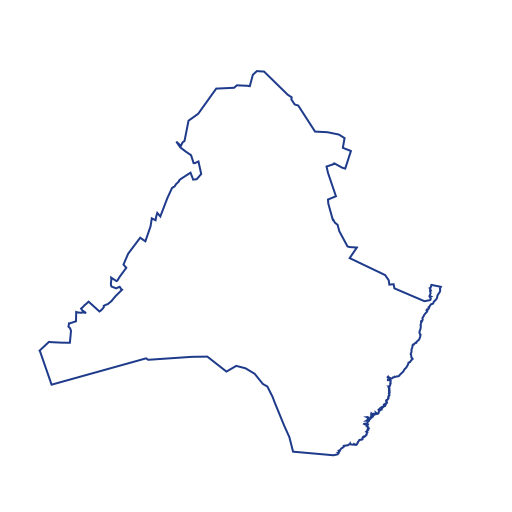 the district of Arriaga, Chiapas, Mexico, rotated 284°
{"feature_id": "50627088B65202645179540", "entity_name": "Arriaga", "entity_type": "district", "adm_level": 2, "iso_a3": "MEX", "parent_name": "Mexico", "parent_adm1": "Chiapas", "projection": "natural_earth1", "projection_center": [-94.031, 16.255], "detail": "fine", "context": "isolated", "style": "outline", "palette": "blue", "viewbox_px": 512, "rotation_deg": 284, "n_neighbors": 0, "source": "geoboundaries", "source_scale": "gbopen_adm2", "svg_char_len": 6099}
<svg xmlns="http://www.w3.org/2000/svg" viewBox="0 0 512 512"><g transform="rotate(284 256 256)"><path d="M391.0,283.2L412.2,260.6L412.4,256.9L416.4,252.5L418.6,252.2L420.2,247.7L436.9,219.2L435.6,212.1L431.1,209.1L419.3,208.9L419.1,206.6L417.0,196.2L413.9,194.0L408.8,176.9L380.0,165.5L371.0,157.8L350.3,158.8L348.3,157.2L344.7,156.5L347.7,151.0L343.0,156.4L340.3,162.6L338.1,168.6L331.0,173.0L331.3,174.2L333.8,177.3L322.3,183.0L316.2,179.9L314.9,176.6L321.0,172.3L313.0,164.8L310.8,163.1L309.8,163.2L306.3,161.0L303.8,160.2L301.8,158.1L290.9,156.0L271.2,153.6L273.9,149.8L270.4,149.6L266.4,149.9L267.3,145.8L259.3,146.5L243.5,145.1L245.7,139.2L227.3,131.4L215.6,129.5L213.2,133.0L202.7,128.7L198.5,127.4L197.9,126.7L200.0,120.7L197.9,121.4L194.3,121.8L192.5,122.4L191.4,123.2L190.8,128.1L193.1,131.1L192.7,131.8L191.3,133.0L190.9,134.2L183.2,129.5L177.2,126.6L173.4,123.8L172.8,122.7L170.8,120.3L169.8,120.7L168.7,120.4L165.8,118.8L164.3,117.5L171.2,104.6L168.1,102.6L166.8,101.5L164.6,100.4L162.7,99.0L161.2,100.6L159.6,104.9L159.4,101.7L158.6,100.1L158.5,98.9L158.1,97.7L158.2,95.1L149.1,97.1L145.6,91.6L145.5,90.9L142.1,91.1L140.9,93.1L138.6,94.6L126.8,96.4L124.9,88.4L122.7,77.3L122.6,75.9L111.8,68.9L111.4,69.4L81.7,88.8L130.1,174.1L129.2,176.5L142.6,218.0L146.6,233.1L136.7,255.3L144.6,263.4L144.5,273.0L141.4,283.2L133.5,293.6L132.1,298.6L123.3,306.2L118.9,309.2L98.2,324.4L88.3,332.2L75.1,339.3L81.4,379.4L83.3,383.2L84.9,383.9L85.1,383.4L85.3,383.9L86.4,383.8L87.0,384.3L87.3,383.7L87.6,384.3L90.0,385.4L91.2,386.7L92.1,387.2L92.4,387.1L92.6,387.5L93.0,387.3L93.1,387.8L93.5,388.1L94.6,391.0L95.3,391.3L96.0,392.7L96.8,392.8L96.3,393.2L96.2,394.7L96.4,395.9L96.9,396.3L96.8,397.0L97.2,396.9L96.9,398.4L97.1,399.0L97.4,399.0L97.5,399.3L98.0,399.6L98.8,399.6L99.5,400.0L100.6,400.0L102.2,401.0L102.6,400.9L103.4,403.1L104.0,403.7L104.3,403.7L104.5,403.3L106.0,403.4L106.6,404.1L106.5,404.7L107.1,405.1L107.3,404.9L107.6,405.6L109.1,406.4L109.2,406.2L110.4,406.5L111.8,406.2L112.0,406.4L112.1,406.1L112.4,406.0L112.4,405.6L113.2,406.1L113.6,406.1L113.9,405.7L113.8,405.3L114.0,406.2L113.8,406.4L114.5,407.1L115.1,407.0L115.1,406.7L115.7,406.9L115.7,406.3L116.0,406.1L116.3,406.6L116.4,406.4L116.8,406.4L118.1,405.0L118.5,405.1L118.3,404.8L119.0,404.9L119.0,404.4L119.5,404.1L119.4,403.6L118.9,403.3L119.0,402.8L119.2,403.2L119.6,403.4L119.3,402.8L119.5,402.3L119.2,402.0L119.4,401.8L119.7,402.4L119.5,402.9L119.9,403.2L119.6,403.9L119.6,404.9L120.5,404.8L120.9,404.5L122.1,404.6L122.5,404.3L122.7,403.7L123.1,403.5L123.0,403.1L123.3,403.4L123.3,404.0L123.1,404.2L122.8,404.2L122.8,404.8L123.5,405.6L124.7,405.6L125.2,406.0L125.4,405.8L125.3,405.5L124.7,404.9L125.0,404.9L125.2,403.8L126.3,404.0L126.5,402.6L126.7,403.1L126.5,403.7L126.6,404.3L125.7,404.9L125.9,405.5L125.8,406.2L126.6,406.8L127.0,406.7L126.9,406.9L127.1,407.3L128.2,407.8L128.7,407.2L128.8,407.5L129.1,407.4L129.3,407.0L130.4,406.9L130.5,406.0L131.1,406.0L130.3,407.2L129.6,407.0L129.6,407.6L129.0,408.3L129.9,408.5L130.7,409.3L130.8,408.5L131.2,407.7L131.5,408.3L131.3,408.9L131.1,408.7L130.9,408.9L131.1,409.8L131.4,409.9L131.6,409.4L131.7,410.4L132.0,410.5L132.3,410.8L132.6,410.7L132.4,410.2L133.0,410.0L132.5,410.9L132.0,410.8L131.8,411.1L132.4,412.4L132.9,412.6L133.4,413.0L133.8,412.8L134.5,412.8L136.0,413.4L136.0,412.9L136.4,412.9L136.3,412.4L136.6,412.1L137.1,412.5L136.6,412.4L136.6,412.7L137.1,412.9L136.8,413.2L136.2,413.1L136.1,413.6L137.3,414.7L138.0,414.6L138.7,415.2L139.5,415.3L139.5,415.0L139.3,415.0L139.6,414.8L139.5,414.3L140.2,414.9L139.9,415.5L140.1,415.9L140.9,416.3L141.6,417.5L142.2,417.7L142.9,417.5L143.4,417.1L143.2,416.4L142.5,416.1L143.4,415.8L143.1,416.0L143.5,416.8L143.9,417.1L143.9,417.3L143.5,417.5L143.6,417.8L145.3,418.6L145.9,418.4L146.1,417.6L146.8,417.2L147.8,417.4L147.9,417.9L148.6,418.5L148.8,418.2L148.9,417.7L149.0,418.5L150.0,418.5L150.2,418.8L150.4,418.7L150.5,417.7L150.6,418.9L151.0,418.8L151.1,418.5L152.0,418.4L152.8,419.1L153.1,418.8L153.4,419.0L154.0,418.8L154.5,418.3L155.0,418.7L156.0,418.7L156.4,418.5L156.3,417.9L156.7,417.8L157.1,417.7L156.7,418.1L157.2,418.3L157.9,418.1L158.1,417.8L159.7,417.6L160.4,416.6L160.9,416.9L161.4,416.7L161.6,416.3L161.9,417.2L163.2,417.4L163.7,417.3L164.6,417.5L164.8,417.1L165.8,417.2L166.4,416.8L167.4,417.0L168.0,416.5L167.9,415.7L168.1,415.5L167.8,415.1L168.0,414.7L167.6,414.0L168.1,413.9L168.4,414.9L168.4,415.6L168.6,416.2L168.9,416.3L168.9,416.1L169.7,415.4L170.2,414.4L170.3,413.1L170.5,413.1L170.8,413.3L170.5,413.5L170.4,414.4L170.0,415.8L169.7,416.0L169.6,416.6L170.3,417.7L171.2,418.1L171.7,419.3L172.4,419.6L172.4,420.3L173.3,421.9L173.5,422.8L174.5,424.0L175.0,424.0L179.6,426.9L182.0,427.5L184.1,428.8L187.3,429.7L189.6,429.8L189.8,430.4L190.4,431.2L192.1,431.7L194.0,432.9L194.7,432.3L195.0,431.4L197.6,430.4L198.3,429.8L200.2,430.1L203.2,429.5L205.1,429.8L207.4,429.5L207.9,429.7L208.1,430.5L208.8,430.6L210.3,431.8L210.4,432.3L210.6,432.6L211.6,432.6L214.6,434.6L215.6,434.6L217.5,434.9L218.8,434.5L219.3,434.8L219.6,434.6L220.6,433.4L222.1,432.9L224.0,433.2L226.6,433.1L228.3,432.8L228.5,432.5L229.4,432.3L231.7,432.5L232.1,432.0L232.6,431.9L232.9,432.2L232.9,432.8L233.4,433.0L234.8,433.1L235.9,432.5L236.6,432.6L237.6,433.1L239.0,433.3L240.8,434.0L243.5,435.5L244.3,435.5L244.7,434.6L245.5,434.8L245.9,435.8L246.9,436.4L247.5,436.4L247.5,436.0L248.0,435.8L249.0,436.7L249.9,436.8L251.6,437.6L252.6,439.3L255.0,439.7L255.9,440.5L258.5,441.7L261.9,441.7L265.5,443.0L266.8,443.1L269.0,442.4L270.8,442.8L270.4,433.2L267.5,433.1L266.8,432.3L264.8,434.0L264.3,433.3L262.1,434.4L259.2,434.1L259.0,435.5L258.6,435.0L258.0,435.1L258.0,434.9L256.9,435.9L256.0,435.9L255.2,435.4L252.9,430.3L258.1,398.1L261.9,396.4L260.5,392.3L264.5,390.7L268.7,386.0L276.6,347.4L288.6,351.8L287.3,344.5L287.4,342.5L300.1,330.9L306.0,327.6L307.5,324.4L309.7,322.4L309.4,322.2L309.8,321.7L324.3,313.5L328.2,312.2L333.3,319.1L354.3,305.6L359.9,302.8L364.2,309.6L364.6,309.3L364.8,309.7L362.5,318.5L362.4,321.4L380.8,322.7L382.0,314.1L391.8,313.4L393.9,307.0L393.4,295.4L391.0,283.2Z" fill="none" stroke="#1e3a8a" stroke-width="2"/></g></svg>